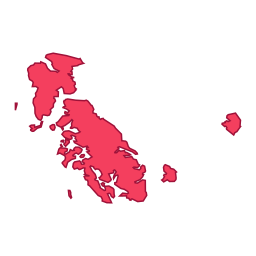 the district of Prince of Wales-Hyder, United States of America
{"feature_id": "52423323B55198873775030", "entity_name": "Prince of Wales-Hyder", "entity_type": "district", "adm_level": 2, "iso_a3": "USA", "parent_name": "United States of America", "parent_adm1": "", "projection": "robinson", "projection_center": [-133.066, 55.883], "detail": "fine", "context": "isolated", "style": "filled", "palette": "rose", "viewbox_px": 256, "rotation_deg": 0, "n_neighbors": 0, "source": "geoboundaries", "source_scale": "gbopen_adm2", "svg_char_len": 5747}
<svg xmlns="http://www.w3.org/2000/svg" viewBox="0 0 256 256"><path d="M56.3,122.9L57.1,125.3L61.0,127.2L62.7,129.9L63.3,129.1L63.2,128.0L61.9,126.8L64.9,125.5L69.6,122.1L71.8,119.6L72.7,120.4L71.5,123.8L71.8,126.0L70.5,127.6L70.5,128.2L72.0,128.4L74.1,127.4L77.2,128.2L78.7,130.7L80.1,131.8L78.9,132.7L75.3,133.7L68.9,130.8L65.6,131.1L64.0,131.5L61.9,134.3L64.6,137.3L68.9,139.2L70.2,139.4L71.9,138.7L72.0,137.5L70.9,135.7L72.0,135.2L75.6,136.7L75.1,138.5L76.2,139.5L76.7,141.2L73.8,141.1L74.5,142.6L83.0,147.2L87.2,146.1L88.2,147.5L86.6,147.8L86.5,149.5L89.3,150.6L89.3,151.3L86.9,151.9L92.0,156.9L88.1,159.3L85.6,158.5L82.7,160.1L82.2,161.7L84.4,163.2L83.9,164.2L81.6,164.2L80.5,161.8L79.6,160.9L74.6,161.9L73.4,163.3L72.8,166.9L74.3,169.1L77.5,168.1L79.2,169.5L80.1,169.4L83.4,167.9L84.9,168.1L84.3,170.9L85.3,173.7L84.5,174.3L89.5,175.9L85.2,175.9L84.1,176.5L85.5,179.7L87.6,180.3L88.1,182.1L88.0,184.8L89.7,185.9L98.2,195.5L101.1,196.8L102.4,199.3L102.2,201.0L106.8,202.7L111.6,202.8L107.5,193.7L109.3,193.2L110.4,194.1L111.4,196.5L113.4,197.8L114.6,196.2L114.1,194.3L113.9,189.5L112.9,188.2L108.9,186.0L105.5,186.3L104.7,187.0L105.4,188.7L105.3,190.3L104.2,190.5L100.0,187.6L100.2,187.0L97.8,180.9L95.1,180.0L94.8,179.2L96.3,178.1L96.2,177.3L95.2,174.3L92.2,170.8L90.0,166.7L90.7,165.9L93.6,166.9L93.8,167.8L95.4,169.5L96.6,168.9L98.9,169.3L100.9,171.7L102.1,174.5L100.2,177.2L99.1,177.6L99.9,179.4L108.0,182.4L110.7,180.6L111.2,179.4L108.7,173.9L113.5,172.8L113.8,171.4L113.4,170.7L114.3,169.9L115.0,170.2L116.2,171.9L114.1,175.1L113.4,177.6L113.6,178.8L115.5,175.7L117.7,175.1L118.1,176.1L116.5,182.3L114.8,182.7L114.8,184.3L120.9,188.5L124.3,189.3L127.8,191.5L128.4,193.1L127.5,193.7L122.7,193.1L119.7,196.0L126.5,195.9L126.7,197.9L128.9,198.3L129.6,199.9L130.9,200.2L131.0,199.3L132.1,198.9L137.7,201.6L143.2,201.0L146.7,195.4L146.3,192.6L145.4,191.4L145.3,180.4L142.6,179.9L137.5,183.1L135.1,182.8L134.9,181.8L139.9,179.7L142.6,176.8L143.6,174.7L142.6,174.5L142.6,173.3L145.0,172.0L145.5,171.0L144.6,166.2L142.6,165.2L140.7,167.0L140.8,168.5L139.4,169.8L134.3,168.7L133.2,167.5L134.0,167.1L137.5,167.5L139.1,166.2L139.6,164.9L138.3,164.4L136.3,159.8L133.4,159.1L131.8,156.6L125.4,157.5L124.0,155.6L129.6,155.2L130.7,154.8L130.3,154.4L126.6,152.4L125.4,152.6L124.5,150.6L120.4,151.2L119.1,150.2L116.7,152.7L115.0,152.8L114.8,152.3L118.8,148.3L117.9,147.3L119.3,146.7L132.3,151.8L135.6,154.3L137.4,154.0L137.2,153.2L135.1,150.9L129.7,148.3L128.3,146.6L126.9,142.3L125.7,141.2L121.8,140.7L121.4,134.1L115.5,128.2L114.2,126.1L103.6,119.2L103.2,118.4L101.4,118.7L100.7,119.4L99.3,118.5L99.0,116.9L97.6,116.9L96.9,116.2L96.2,113.9L93.1,113.0L92.9,111.4L93.8,109.3L92.0,105.5L91.2,105.3L87.9,101.1L86.3,100.2L84.4,100.7L75.6,100.2L67.7,99.0L65.6,99.5L64.8,100.7L64.1,100.6L63.7,101.6L64.1,103.4L65.5,106.1L63.3,107.0L63.0,107.6L66.4,108.9L69.2,110.9L67.7,112.7L65.1,111.6L64.7,112.8L65.2,114.0L69.1,114.7L68.8,115.5L62.7,116.0L58.2,121.7L56.3,122.9ZM80.1,58.5L79.2,59.1L66.3,55.6L53.2,53.2L47.4,54.6L46.2,55.3L45.5,57.4L51.6,61.5L52.4,63.6L51.8,64.4L54.1,68.6L59.0,71.0L57.3,72.4L55.8,71.3L50.5,71.1L47.5,68.3L45.5,63.9L40.8,61.8L40.5,63.2L34.9,63.1L33.6,64.9L30.8,65.7L27.9,68.5L27.7,70.1L28.7,73.3L28.5,75.6L29.6,79.5L32.2,81.0L33.2,82.5L32.3,86.6L36.0,86.5L38.1,88.0L36.8,91.5L35.5,93.3L35.9,96.3L33.5,98.9L33.1,102.9L34.9,107.4L35.0,113.2L36.2,116.5L38.3,119.3L40.8,120.3L42.1,117.9L42.3,115.7L43.3,114.8L47.6,115.6L49.4,115.0L51.0,111.7L50.3,109.6L53.3,106.9L53.5,103.7L55.5,101.0L54.9,99.1L53.8,98.3L54.1,96.6L58.2,96.5L58.4,91.8L56.3,90.2L61.4,86.8L63.2,88.5L64.2,93.5L70.1,93.9L73.6,92.7L75.8,90.2L75.4,89.8L76.3,89.0L74.8,87.7L74.2,85.4L75.3,84.3L75.0,82.2L72.9,81.0L72.5,79.4L71.3,78.3L74.2,77.5L71.5,76.9L68.6,74.8L68.1,73.9L69.1,73.7L70.4,74.7L72.1,74.6L72.0,71.8L70.9,71.3L72.6,69.0L72.0,66.4L77.8,65.6L78.3,64.9L83.6,63.3L82.6,62.7L80.1,58.5ZM233.7,135.0L234.9,132.6L236.9,131.6L240.6,126.4L240.0,126.1L240.5,120.2L235.5,113.1L228.2,114.7L227.0,115.8L226.7,117.8L230.1,120.7L228.1,121.6L226.8,120.8L225.0,121.8L225.3,122.6L222.2,123.3L222.0,124.2L224.7,126.6L225.8,126.2L226.9,127.6L226.4,128.8L226.7,129.4L233.7,135.0ZM57.5,154.0L59.9,153.1L64.9,155.8L65.5,157.8L65.0,159.9L62.3,162.5L62.2,163.2L64.9,166.8L66.0,167.4L67.7,162.2L71.6,159.5L75.4,158.4L75.5,156.2L73.2,156.1L72.8,155.3L75.1,153.5L76.5,153.1L78.3,154.3L80.9,152.4L82.1,149.9L81.9,149.2L79.0,147.2L75.7,147.1L74.3,148.2L73.7,149.4L74.2,150.3L72.4,150.6L70.3,149.6L69.4,151.9L65.8,154.1L64.8,153.9L64.5,153.2L65.1,151.9L67.1,151.0L67.4,149.0L65.9,148.3L60.2,147.8L58.9,149.1L57.5,154.0ZM161.7,180.0L163.7,181.9L167.3,179.8L169.6,181.5L174.3,181.4L175.9,179.6L176.1,178.0L175.5,172.6L176.5,172.0L173.7,169.2L170.6,168.4L169.6,166.5L165.3,164.7L164.4,165.3L163.5,167.4L164.0,171.1L166.5,173.4L166.0,174.4L164.2,174.4L163.7,175.6L164.5,176.7L163.0,179.1L161.7,180.0ZM29.7,126.2L32.1,128.7L30.7,129.5L30.7,130.3L32.2,131.3L33.7,131.2L37.3,128.2L41.1,127.0L42.6,121.6L41.5,121.6L40.7,123.6L40.8,124.7L40.1,125.5L34.7,127.3L34.5,125.0L31.2,125.2L29.7,126.2ZM50.1,126.1L50.0,127.0L50.8,128.7L52.5,130.2L54.1,130.0L55.1,127.6L54.5,124.9L54.0,124.6L52.6,124.6L50.1,126.1ZM64.0,143.7L64.0,144.6L65.6,146.3L69.3,142.5L69.2,140.8L65.7,139.3L65.5,142.5L64.0,143.7ZM68.4,190.4L69.0,195.8L70.9,198.2L71.6,197.4L70.7,194.6L70.7,192.3L69.9,190.5L68.4,190.4ZM81.5,154.8L80.0,156.7L80.9,157.5L81.9,157.4L83.6,157.0L84.5,155.2L84.0,154.5L81.5,154.8ZM101.2,183.8L102.5,185.8L103.7,186.3L104.4,185.4L104.0,184.1L104.4,183.4L102.8,182.7L101.2,183.8ZM15.4,110.2L17.0,104.3L17.0,103.2L15.4,103.2L15.4,110.2ZM61.3,140.7L61.0,141.6L63.3,142.1L63.8,140.6L63.4,140.2L61.3,140.7ZM60.5,145.0L61.1,146.4L62.2,146.3L61.1,144.4L60.5,145.0Z" fill="#f43f5e" stroke="#9f1239" stroke-width="1.5"/></svg>